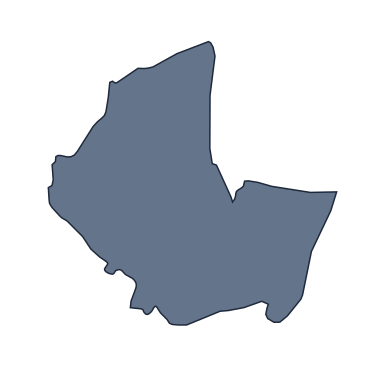 outline of Al-Qādisiyyah, rotated 259°
{"feature_id": "IRQ-3224", "entity_name": "Al-Qādisiyyah", "entity_type": "Province", "adm_level": 1, "iso_a3": "IRQ", "parent_name": "Iraq", "parent_adm1": "", "projection": "mercator", "projection_center": [44.995, 31.829], "detail": "fine", "context": "isolated", "style": "filled", "palette": "slate", "viewbox_px": 384, "rotation_deg": 259, "n_neighbors": 0, "source": "natural_earth", "source_scale": "10m", "svg_char_len": 1612}
<svg xmlns="http://www.w3.org/2000/svg" viewBox="0 0 384 384"><g transform="rotate(259 192 192)"><path d="M208.2,50.0L211.4,50.2L223.7,51.8L225.1,55.8L230.4,58.1L245.5,59.9L247.9,63.7L252.6,65.1L253.4,67.2L253.0,69.6L250.2,76.4L249.7,79.9L250.8,83.7L254.0,87.5L275.2,107.5L279.1,112.8L281.7,117.5L283.8,120.6L287.1,122.8L300.6,127.8L315.3,132.2L315.9,135.2L314.4,136.5L313.6,137.7L313.7,139.3L323.7,162.6L322.3,168.8L322.0,172.4L322.2,177.5L330.7,203.7L336.5,236.9L334.8,238.8L330.1,240.3L321.0,240.5L283.3,228.1L231.3,217.8L216.0,217.3L213.8,221.1L179.3,229.4L174.4,229.9L176.8,232.4L178.9,233.6L182.7,235.0L184.1,235.8L185.4,238.1L186.4,241.0L187.8,243.5L192.6,245.7L192.2,249.4L188.9,258.4L182.3,271.4L169.0,308.1L164.5,334.0L147.2,324.7L110.9,297.9L69.9,280.9L66.0,278.4L52.1,261.9L47.5,253.4L48.5,247.6L53.3,242.2L57.8,241.1L63.6,243.4L67.3,245.5L71.4,239.6L68.6,220.8L68.7,205.0L69.6,196.9L62.5,161.3L64.0,153.5L65.7,147.4L67.5,144.8L71.6,143.2L79.4,138.0L85.5,135.6L86.7,134.8L86.7,133.7L85.4,132.1L83.6,130.6L82.3,129.3L81.3,127.7L80.5,126.1L80.4,124.5L81.0,123.2L83.2,121.9L84.5,121.6L85.5,121.6L86.4,120.5L87.1,119.5L90.2,109.4L96.6,111.4L108.4,118.6L111.2,119.6L113.7,119.6L115.7,118.9L117.5,117.9L119.0,116.6L123.1,111.6L124.3,110.5L127.5,108.6L128.7,107.7L129.6,106.3L129.7,104.4L129.4,102.1L127.8,100.6L126.8,99.5L126.5,98.4L127.1,96.6L128.3,94.4L130.4,92.1L132.0,91.4L133.2,91.5L134.5,92.6L136.9,95.1L138.2,95.7L139.7,94.9L145.9,88.9L155.3,81.8L169.0,76.2L187.3,63.9L188.7,62.5L191.3,59.4L193.9,57.5L203.4,51.7L206.4,50.5L208.2,50.0Z" fill="#64748b" stroke="#1e293b" stroke-width="1.5"/></g></svg>